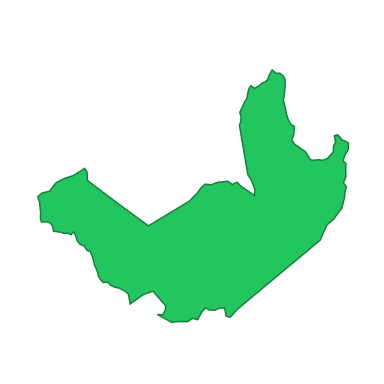 outline of Itauçu, Goiás, Brazil, rotated 188°
{"feature_id": "56859067B31069822837924", "entity_name": "Itauçu", "entity_type": "district", "adm_level": 2, "iso_a3": "BRA", "parent_name": "Brazil", "parent_adm1": "Goiás", "projection": "equal_earth", "projection_center": [-49.6, -16.218], "detail": "fine", "context": "isolated", "style": "filled", "palette": "green", "viewbox_px": 384, "rotation_deg": 188, "n_neighbors": 0, "source": "geoboundaries", "source_scale": "gbopen_adm2", "svg_char_len": 1949}
<svg xmlns="http://www.w3.org/2000/svg" viewBox="0 0 384 384"><g transform="rotate(188 192 192)"><path d="M129.6,324.0L132.0,317.9L132.6,313.9L135.1,311.2L137.7,309.6L140.8,306.1L144.6,303.4L148.4,305.4L149.9,302.5L150.6,297.8L150.6,292.5L152.4,288.6L155.7,277.5L153.8,273.1L153.5,268.2L154.4,265.0L139.2,217.1L135.4,212.6L132.5,207.8L130.0,203.0L129.5,197.2L136.0,200.4L144.4,204.6L148.8,207.9L153.1,205.0L158.2,207.7L161.8,206.6L167.9,205.2L174.4,201.7L180.2,201.6L183.8,197.2L186.6,191.6L190.2,186.9L193.4,182.5L226.7,155.5L230.4,152.4L261.2,168.9L297.1,188.8L298.7,197.2L301.7,200.5L306.8,195.9L312.1,191.6L319.8,187.9L327.9,182.3L333.3,172.9L340.6,170.0L344.1,165.8L341.3,160.0L340.1,154.7L339.1,151.1L338.5,145.3L337.0,141.3L331.5,142.3L328.0,141.5L325.1,138.6L323.8,133.9L319.1,133.9L315.9,133.9L312.9,133.2L309.3,133.9L305.9,132.8L303.8,136.1L301.1,132.6L298.9,127.7L295.7,124.7L291.2,123.6L288.0,119.7L284.4,118.8L281.2,113.2L278.4,106.2L275.3,101.3L272.8,95.4L270.0,92.1L267.4,90.0L262.7,90.9L260.2,88.6L255.6,87.0L251.3,86.8L245.2,84.8L240.9,82.2L239.6,78.6L237.7,72.5L225.9,83.7L222.8,85.3L216.9,88.4L202.3,75.7L202.0,71.7L203.7,66.5L209.2,65.9L193.8,60.0L190.2,61.2L186.3,62.0L178.3,63.0L173.6,67.0L168.7,66.3L165.8,73.9L162.6,79.2L158.2,77.5L152.5,78.3L148.5,81.0L143.5,81.5L140.9,73.8L136.7,73.3L131.4,81.3L128.8,84.4L87.4,130.1L58.3,162.2L56.1,170.4L53.7,178.3L47.8,185.0L44.8,191.0L41.4,196.8L40.2,207.7L40.5,213.0L39.9,218.6L43.3,222.2L41.7,228.8L42.9,235.4L43.6,241.7L46.7,243.8L45.8,249.7L43.1,255.9L44.0,262.4L47.4,263.7L50.5,264.3L52.7,266.5L55.9,269.0L58.9,267.4L56.7,261.7L58.3,256.9L57.6,251.6L60.4,247.2L62.6,243.9L66.9,241.6L71.1,241.6L76.4,240.3L79.2,240.3L85.0,247.5L96.8,253.5L100.4,257.2L99.2,263.7L99.7,271.1L103.4,272.8L106.7,276.8L109.4,282.6L111.8,289.4L114.2,295.4L114.2,302.5L114.5,309.6L115.4,316.3L118.1,319.9L121.5,321.9L125.3,321.3L129.6,324.0Z" fill="#22c55e" stroke="#15803d" stroke-width="1.5"/></g></svg>